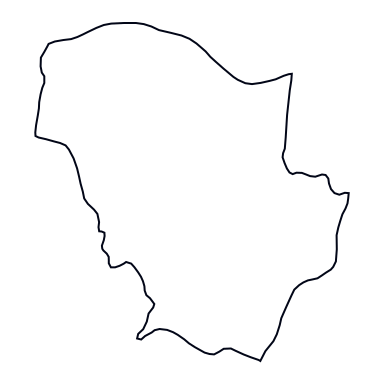 the district of Lèkoko, Haut-Ogooué, Gabon
{"feature_id": "22940354B44244492121045", "entity_name": "Lèkoko", "entity_type": "district", "adm_level": 2, "iso_a3": "GAB", "parent_name": "Gabon", "parent_adm1": "Haut-Ogooué", "projection": "mercator", "projection_center": [13.129, -2.025], "detail": "fine", "context": "isolated", "style": "outline", "palette": "ink", "viewbox_px": 384, "rotation_deg": 0, "n_neighbors": 0, "source": "geoboundaries", "source_scale": "gbopen_adm2", "svg_char_len": 2105}
<svg xmlns="http://www.w3.org/2000/svg" viewBox="0 0 384 384"><path d="M35.5,136.0L38.6,137.5L46.0,139.2L54.3,141.5L60.1,143.0L65.6,145.4L68.9,149.5L73.6,158.4L77.1,168.4L79.0,176.3L80.6,183.7L82.8,191.6L84.2,198.5L87.9,203.9L94.0,209.6L97.4,213.9L99.1,222.1L98.5,227.2L99.2,231.3L101.6,231.5L104.4,232.7L104.6,236.0L103.8,240.2L101.9,245.7L102.3,248.8L103.4,250.5L106.8,253.7L108.7,256.9L108.8,260.1L108.8,263.3L110.9,267.3L115.2,267.3L119.6,265.8L123.7,263.7L126.1,262.0L131.2,263.6L134.4,267.2L138.2,272.4L141.0,276.8L143.0,281.3L144.4,286.2L144.7,290.6L146.4,295.2L150.0,298.2L154.3,304.0L153.2,307.5L148.6,313.5L146.8,321.6L143.2,329.2L138.2,333.9L137.1,338.5L141.2,339.5L145.1,336.0L151.7,332.5L154.6,330.2L159.6,329.0L167.1,329.9L173.1,332.2L177.7,334.8L184.2,339.3L188.9,343.3L194.8,347.1L204.6,352.6L209.5,354.0L214.1,354.4L219.4,351.6L223.7,348.8L230.9,348.5L235.4,350.7L243.7,354.5L250.9,357.3L258.7,360.0L260.3,361.0L265.4,351.1L273.4,341.2L276.8,334.3L279.7,325.2L281.3,318.2L286.4,306.6L291.4,295.6L294.3,289.6L299.2,285.1L303.4,282.4L307.9,280.4L312.2,279.5L317.5,278.3L321.8,275.5L326.0,272.6L330.8,269.6L333.2,266.9L335.9,261.4L336.8,249.3L336.6,235.2L338.3,227.5L340.2,221.1L342.4,214.3L345.5,208.5L347.5,203.4L348.2,198.5L348.7,193.1L344.8,192.8L339.3,194.7L334.5,193.1L331.0,189.1L329.0,183.5L328.3,178.5L325.6,175.0L322.0,174.5L315.3,176.7L310.1,176.1L306.1,174.5L301.9,172.9L296.5,172.7L292.7,174.1L289.5,172.5L286.9,168.5L284.6,163.1L282.6,157.3L283.1,153.2L284.8,148.7L285.7,137.6L287.1,114.9L289.8,90.1L291.3,80.5L291.8,73.8L288.7,74.2L283.7,75.8L275.7,79.3L269.6,80.9L260.7,82.9L252.0,84.1L245.3,83.2L237.8,79.8L233.4,76.9L223.5,68.6L215.9,61.9L210.3,56.8L205.6,51.4L196.5,43.5L189.5,38.8L181.5,35.5L170.7,32.8L159.0,30.1L151.4,26.5L143.8,24.1L136.0,23.0L124.1,23.0L111.2,23.6L103.8,25.0L96.4,27.9L87.6,32.1L83.0,34.4L77.4,37.0L71.1,39.1L63.5,40.0L54.8,41.5L48.6,43.9L47.4,46.3L44.3,51.9L40.9,57.6L40.6,66.4L41.8,72.6L44.3,76.2L44.3,83.0L42.3,87.8L40.6,94.3L39.2,102.2L38.9,108.4L37.8,115.5L36.1,125.1L35.3,132.4L35.5,136.0Z" fill="none" stroke="#020617" stroke-width="2"/></svg>